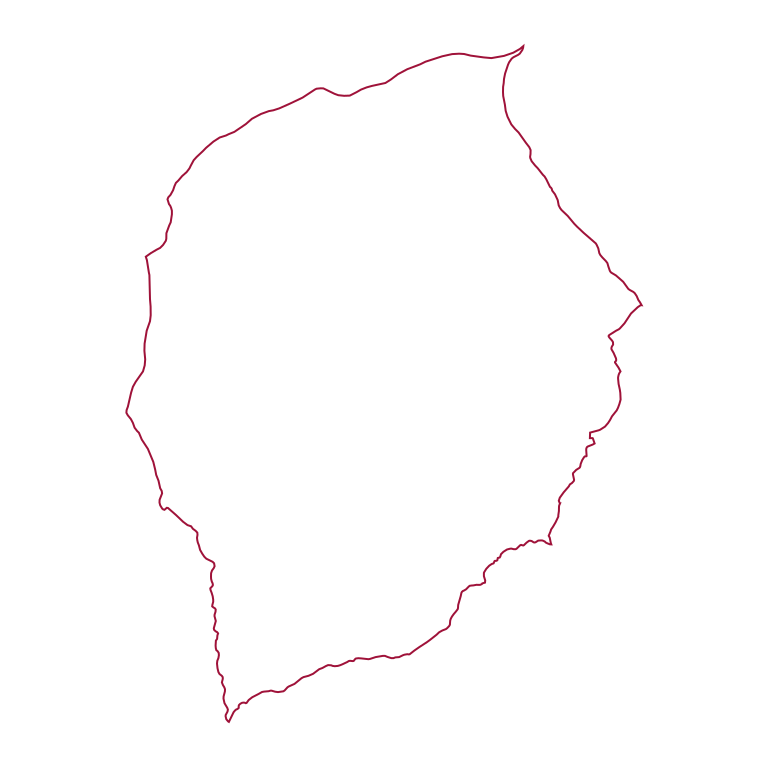 La Capilla, Boyacá, Colombia (Albers equal-area conic projection)
{"feature_id": "7082276B90092604037174", "entity_name": "La Capilla", "entity_type": "district", "adm_level": 2, "iso_a3": "COL", "parent_name": "Colombia", "parent_adm1": "Boyacá", "projection": "albers", "projection_center": [-73.451, 5.111], "detail": "fine", "context": "isolated", "style": "outline", "palette": "rose", "viewbox_px": 768, "rotation_deg": 0, "n_neighbors": 0, "source": "geoboundaries", "source_scale": "gbopen_adm2", "svg_char_len": 6083}
<svg xmlns="http://www.w3.org/2000/svg" viewBox="0 0 768 768"><path d="M228.9,721.9L233.6,712.2L235.1,710.4L236.2,709.5L237.5,709.0L238.7,707.9L238.7,705.9L239.1,704.9L240.4,703.7L242.1,702.8L243.5,702.6L244.7,702.7L245.8,703.2L246.6,702.9L248.7,700.0L252.3,697.2L258.7,693.9L262.0,692.0L264.1,691.6L268.7,691.2L270.3,690.7L271.7,690.7L275.1,691.7L278.0,692.1L283.4,691.3L284.7,690.4L287.5,687.3L288.7,686.5L294.5,683.9L301.5,678.2L303.5,677.1L308.5,675.8L313.1,673.8L319.2,669.2L322.4,668.0L326.0,666.0L328.1,665.1L331.2,665.3L332.6,665.9L334.8,666.2L337.9,665.9L340.2,665.2L342.6,664.2L347.5,661.9L348.6,661.1L349.9,660.8L352.9,661.1L353.7,660.9L355.1,659.1L355.9,658.5L356.7,658.4L358.3,658.2L361.2,658.4L368.5,659.2L370.1,658.9L375.6,657.1L382.7,655.9L385.0,655.9L387.7,657.0L391.2,658.1L393.6,658.1L395.3,657.4L399.1,657.1L403.0,655.2L404.4,654.7L407.3,654.2L408.6,654.4L409.6,654.3L414.3,650.6L419.3,647.1L427.0,642.1L430.0,639.9L436.6,634.7L439.1,632.3L442.3,630.5L445.9,629.1L447.1,628.2L449.2,626.0L449.9,624.7L450.2,620.6L450.8,618.7L452.0,616.5L453.8,614.0L455.7,611.8L457.7,609.2L458.0,608.0L458.2,604.9L460.7,596.2L461.4,592.9L461.9,591.9L462.9,591.0L463.9,590.6L466.1,589.3L468.8,586.5L469.7,585.8L471.7,585.5L473.4,585.4L476.5,584.8L479.1,584.9L480.3,584.8L481.8,584.1L482.3,583.4L485.0,582.6L485.2,580.4L483.9,576.2L483.9,572.9L484.3,572.0L486.3,568.8L489.2,565.7L491.7,564.0L493.5,563.4L493.9,562.7L494.4,561.3L494.8,560.9L496.4,560.8L497.3,560.3L497.8,558.0L499.7,557.5L500.3,556.5L501.0,554.2L503.4,551.8L507.0,549.5L510.1,548.7L511.3,548.6L513.8,549.2L515.6,549.2L516.5,548.8L520.1,545.3L521.1,544.9L523.2,545.5L523.9,545.2L526.6,542.6L528.9,540.9L529.9,540.7L531.6,541.0L533.6,542.3L534.5,542.5L535.5,542.3L538.2,540.6L541.1,540.4L542.4,540.5L543.5,540.9L545.0,541.7L545.7,542.5L547.3,543.3L549.8,544.3L551.3,544.4L550.8,543.0L549.7,537.6L548.7,535.8L550.5,531.5L551.1,529.5L552.9,526.9L555.6,522.3L558.3,516.6L558.3,515.2L558.9,511.1L559.0,506.7L559.2,505.4L560.1,503.3L559.8,503.3L558.8,500.8L559.8,497.7L563.7,492.3L568.8,486.4L569.9,484.4L572.0,483.0L573.8,481.0L574.1,479.9L573.0,474.6L572.9,473.9L573.1,473.1L576.2,469.9L579.4,467.9L579.9,467.3L580.3,466.2L580.7,463.9L582.2,460.1L584.1,457.1L584.9,456.4L586.3,456.3L586.6,456.0L586.2,449.9L586.3,448.6L586.6,447.8L587.0,447.1L587.8,446.5L592.6,444.6L594.6,443.5L592.9,438.5L592.6,438.1L589.9,438.1L590.1,432.6L598.7,430.3L600.2,429.7L605.0,426.6L608.1,423.0L610.1,419.9L612.0,416.3L616.7,410.4L618.0,407.8L619.4,404.0L620.6,399.6L620.3,392.9L619.8,389.5L618.6,384.0L618.1,378.8L618.1,377.3L618.6,375.0L619.2,373.4L620.5,371.4L618.5,367.6L615.0,362.5L615.0,362.0L616.1,360.7L616.2,359.8L616.0,358.4L613.6,352.9L611.5,349.3L611.4,348.5L611.5,347.6L611.9,346.5L613.1,344.6L613.0,342.2L612.2,340.8L609.4,337.6L608.8,336.7L608.6,336.1L608.8,335.5L609.6,334.8L616.1,330.7L618.8,329.3L619.8,328.5L624.5,323.3L631.0,313.5L637.7,307.2L640.8,305.1L641.6,305.2L640.0,302.3L638.3,299.9L636.7,296.1L634.7,293.1L633.3,291.9L629.8,290.0L628.3,288.9L623.2,281.8L615.9,275.4L611.2,272.6L610.3,271.6L609.8,270.7L608.4,266.6L607.4,263.1L605.8,261.0L602.3,257.4L600.3,255.0L599.3,253.1L598.3,248.4L596.7,244.9L595.8,243.4L583.7,232.9L577.1,226.7L574.2,223.7L567.7,215.9L561.6,210.1L560.1,208.1L558.7,205.4L557.7,200.1L555.0,194.3L552.2,190.6L551.7,188.7L551.0,187.7L550.0,186.9L546.3,179.3L544.6,176.5L542.8,174.7L537.7,168.2L535.1,165.5L531.7,161.3L530.3,158.1L530.1,156.8L530.5,154.1L530.6,150.1L529.3,147.2L525.9,142.8L518.6,132.5L515.1,129.0L511.3,124.4L507.5,116.7L505.7,110.9L504.9,104.7L503.2,96.0L503.0,92.1L503.1,86.9L503.7,83.1L504.0,79.0L505.1,73.5L508.0,64.8L509.1,62.3L511.7,58.6L513.5,57.2L518.2,54.8L519.8,53.6L522.3,50.0L523.1,47.8L523.3,46.1L520.0,48.9L513.3,52.7L504.0,55.9L491.4,58.1L483.7,57.4L470.6,55.6L464.1,54.0L459.2,53.7L452.1,54.1L442.2,56.3L425.5,61.7L420.2,64.3L407.3,69.2L397.9,74.2L390.9,79.5L385.4,83.0L372.0,85.9L366.6,87.4L361.0,89.6L356.5,92.2L349.8,95.6L344.1,95.8L338.3,95.2L334.5,93.8L323.4,88.4L320.7,88.3L316.6,88.7L315.1,89.4L302.6,97.6L290.0,103.6L279.2,108.4L273.3,110.3L268.9,111.1L260.9,114.0L251.9,118.8L245.8,124.1L234.3,131.9L228.6,134.2L226.0,135.5L219.7,137.5L213.4,141.6L206.1,147.8L203.0,151.0L196.6,157.0L193.7,160.2L190.7,165.8L189.5,168.3L186.7,172.0L182.1,176.1L178.3,180.6L175.9,182.9L174.4,186.3L173.1,190.2L170.5,194.9L168.3,197.3L167.5,199.3L169.0,204.1L170.2,205.7L171.1,207.8L171.9,210.7L171.9,214.3L170.7,222.3L169.2,225.5L166.4,233.2L166.3,238.8L165.8,240.8L163.1,244.9L160.1,247.9L156.6,249.7L150.9,253.1L145.8,256.7L146.9,260.1L148.9,272.7L149.4,275.0L150.0,299.2L150.6,306.5L150.7,315.3L150.0,321.2L146.7,330.7L144.6,343.6L144.4,350.8L145.2,359.4L144.7,365.4L143.0,371.4L135.7,381.8L132.9,386.8L131.1,392.7L127.9,406.6L126.6,410.1L126.4,412.8L127.8,415.3L130.9,419.1L132.9,422.9L134.6,427.7L137.2,431.1L138.9,432.7L141.8,439.6L147.9,448.9L153.3,461.9L155.2,469.7L156.2,474.9L158.5,480.7L160.2,488.3L161.7,490.9L162.1,493.4L159.6,499.8L159.5,502.6L160.2,505.3L162.2,508.6L163.2,509.4L164.5,509.8L166.8,507.8L168.0,508.0L176.2,515.2L183.1,521.8L187.5,525.1L191.1,526.3L192.9,528.8L195.6,530.8L197.3,532.6L197.5,534.8L197.0,537.8L197.3,540.3L197.8,542.5L198.9,545.3L200.1,549.9L202.2,553.6L204.3,556.7L206.3,558.7L212.6,561.8L214.1,563.3L214.6,566.2L213.7,568.2L212.0,570.5L211.1,573.2L211.0,576.5L211.1,578.9L211.8,581.6L212.6,583.3L212.9,585.0L212.4,586.1L210.3,588.3L210.5,589.9L211.6,592.7L212.7,596.3L213.2,599.7L213.2,601.8L212.4,604.8L212.2,606.4L213.4,607.4L215.0,608.4L215.7,609.5L215.5,611.8L214.6,614.6L214.5,616.1L215.8,621.0L213.8,628.3L214.1,629.8L215.6,631.3L217.2,632.2L218.1,633.4L217.4,635.4L217.1,638.9L215.9,640.6L215.6,645.6L215.8,648.1L216.3,650.1L217.7,651.3L218.7,652.9L218.9,655.2L218.4,658.1L217.3,660.8L217.0,663.6L217.5,668.2L218.4,672.0L219.5,674.0L221.8,675.8L222.7,677.1L222.8,678.8L221.9,682.4L222.9,685.0L224.3,687.3L225.0,689.2L224.9,691.5L223.6,696.4L223.5,698.6L224.5,703.2L227.3,707.9L227.9,709.7L227.5,711.6L225.7,715.0L225.6,716.3L226.3,719.2L228.1,721.4L228.9,721.9Z" fill="none" stroke="#9f1239" stroke-width="2"/></svg>